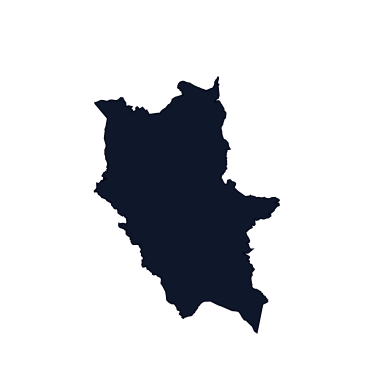 the district of Chiquilistlán, Jalisco, Mexico, rotated 302°
{"feature_id": "50627088B99358381769751", "entity_name": "Chiquilistlán", "entity_type": "district", "adm_level": 2, "iso_a3": "MEX", "parent_name": "Mexico", "parent_adm1": "Jalisco", "projection": "robinson", "projection_center": [-103.888, 20.08], "detail": "fine", "context": "isolated", "style": "filled", "palette": "ink", "viewbox_px": 384, "rotation_deg": 302, "n_neighbors": 0, "source": "geoboundaries", "source_scale": "gbopen_adm2", "svg_char_len": 6095}
<svg xmlns="http://www.w3.org/2000/svg" viewBox="0 0 384 384"><g transform="rotate(302 192 192)"><path d="M216.4,62.5L215.8,62.8L209.8,81.4L202.2,84.5L198.8,85.3L198.2,86.1L191.1,89.4L186.6,94.3L185.0,95.3L183.3,95.8L181.8,95.9L177.8,98.4L177.0,99.7L174.2,101.7L173.5,103.3L171.4,105.6L170.2,106.3L169.6,107.2L168.9,106.4L168.3,106.8L168.0,106.8L167.7,107.7L167.2,108.1L166.4,108.3L166.0,108.1L165.5,108.8L164.1,109.2L163.9,109.0L164.1,108.4L164.0,108.2L162.8,108.0L161.8,107.2L158.1,107.3L157.9,112.3L156.9,112.1L156.5,111.7L156.6,110.0L154.8,110.8L154.0,109.6L153.3,109.1L151.0,109.2L149.5,108.2L149.0,106.7L145.0,109.4L142.5,109.2L141.4,108.7L140.8,109.0L140.6,109.4L141.8,110.5L141.8,111.6L142.1,112.7L142.0,112.9L141.1,113.2L140.6,113.9L140.6,116.0L139.7,118.8L140.3,119.9L140.2,120.4L140.6,122.4L139.8,124.6L140.1,129.5L138.4,131.0L137.8,133.2L137.1,134.6L137.2,135.8L137.8,136.5L138.2,137.5L137.2,139.3L137.0,139.1L135.2,140.5L134.9,145.4L136.1,146.5L135.2,149.2L135.5,150.2L131.7,153.2L129.6,153.3L129.4,152.1L128.8,150.3L126.6,147.6L126.6,146.8L124.7,147.8L124.0,149.0L124.1,150.7L124.6,151.5L124.5,152.7L125.1,153.5L125.3,154.5L124.5,154.7L124.7,156.5L124.4,157.1L123.6,157.2L123.0,157.6L122.8,158.4L121.8,158.4L121.3,159.3L121.0,164.1L119.3,164.7L119.1,165.9L118.4,166.7L117.7,166.7L116.6,168.7L116.5,169.9L118.9,173.4L119.2,174.7L118.9,175.5L119.3,175.6L118.0,176.5L116.9,179.6L113.9,180.1L113.8,181.7L111.5,182.9L110.7,186.1L107.9,186.5L107.8,186.0L107.1,186.2L106.1,187.4L103.8,188.1L102.5,189.9L102.9,190.8L104.6,192.1L104.6,193.2L103.6,194.3L103.6,195.2L103.1,195.1L103.4,196.8L102.7,199.5L102.9,200.3L102.5,201.3L102.0,202.0L101.5,202.2L101.8,203.7L103.1,204.8L103.3,205.2L102.7,207.6L103.1,210.3L103.0,211.0L101.7,212.7L98.2,214.3L97.2,216.8L93.9,222.4L90.8,225.2L87.2,227.9L86.6,230.2L86.5,231.8L86.6,233.8L87.7,235.7L87.8,236.8L86.3,240.2L84.5,242.0L84.5,242.9L85.0,244.3L84.5,245.5L84.0,245.8L82.0,246.1L81.8,246.4L81.8,249.5L81.4,250.0L80.5,249.9L80.4,251.5L82.3,251.9L82.5,252.6L83.2,252.7L83.8,253.7L84.6,253.7L84.7,254.2L85.6,255.1L86.4,256.3L87.3,257.0L90.1,257.3L91.1,257.8L92.8,257.6L96.3,258.0L97.9,257.5L100.4,258.1L101.8,258.1L104.2,259.0L106.1,260.2L108.5,263.9L109.5,265.1L110.4,274.2L111.2,277.4L112.9,288.8L114.6,292.1L115.6,294.8L114.6,297.7L112.9,300.6L111.5,304.1L111.9,305.0L112.0,307.0L111.6,307.7L110.2,314.6L107.6,318.4L107.2,319.5L107.3,320.8L107.2,321.5L134.2,311.3L138.5,313.9L139.4,314.0L139.7,313.4L140.2,313.3L140.0,312.9L140.8,312.1L141.2,310.5L141.6,310.0L141.4,309.5L141.9,309.4L142.0,308.8L141.7,308.4L142.1,306.6L141.9,306.3L142.0,305.8L142.6,306.0L142.9,305.6L143.1,304.8L142.9,304.4L142.9,303.6L143.4,303.2L143.3,302.6L143.6,302.7L143.4,298.3L143.0,298.0L142.8,296.9L142.2,296.1L142.5,295.5L142.4,294.3L143.4,292.6L145.3,291.6L145.5,291.1L149.5,287.7L151.4,286.8L153.5,286.9L154.6,285.6L155.4,285.2L156.9,285.2L158.0,285.7L159.2,285.7L159.5,285.5L159.9,283.5L161.8,281.4L161.8,280.5L161.4,279.8L161.7,278.4L162.4,277.6L163.6,277.2L163.9,276.9L164.0,275.0L164.4,275.0L165.2,274.3L165.5,275.2L166.3,275.4L167.0,275.2L167.4,274.6L167.2,269.6L167.8,267.8L169.5,271.1L170.5,272.0L175.5,273.6L174.3,271.9L175.2,269.9L175.9,268.8L177.2,267.7L177.8,265.7L179.6,266.9L180.9,266.7L182.7,264.2L184.1,261.2L185.0,260.2L185.5,259.3L187.0,258.8L188.8,259.6L190.1,259.5L190.5,259.9L191.9,260.5L193.7,261.7L194.8,260.3L195.9,260.3L196.7,262.3L197.9,262.5L200.8,260.1L202.3,260.1L202.3,261.5L203.8,263.0L205.7,263.6L206.2,264.3L207.3,267.1L207.9,267.7L209.6,268.8L210.6,270.2L213.4,271.4L214.3,270.7L214.8,269.6L214.8,268.9L216.0,270.0L218.8,271.0L219.7,271.3L220.8,270.9L225.1,271.5L226.6,272.9L226.9,272.8L227.0,272.1L227.6,272.3L228.3,271.5L227.2,268.5L230.6,270.3L231.3,270.2L231.3,269.2L231.6,268.5L231.1,267.2L231.4,265.7L229.4,262.8L227.5,261.7L226.4,260.2L225.7,258.4L225.6,256.2L224.4,255.3L223.2,253.3L222.7,251.7L221.1,249.7L221.1,247.8L220.4,245.4L219.9,244.7L220.0,243.4L219.1,243.3L216.2,239.8L216.7,230.3L217.9,225.2L219.5,224.8L219.9,225.0L221.6,224.7L222.3,224.2L222.5,222.4L221.8,220.7L221.8,219.6L222.5,218.5L222.3,217.6L220.7,216.3L218.2,217.4L216.9,217.5L216.1,216.5L215.8,215.6L216.5,213.8L218.4,210.8L218.9,209.3L219.8,208.4L220.4,208.8L221.3,208.0L221.6,208.2L222.3,207.9L222.7,208.2L223.4,207.9L223.6,208.6L224.1,208.7L224.2,208.3L225.0,208.1L226.0,208.8L226.8,208.9L228.4,208.3L229.8,209.0L230.4,208.8L231.2,207.4L231.9,206.8L234.0,206.6L234.6,205.8L236.7,204.7L237.1,203.8L239.2,203.2L239.5,202.0L242.2,200.9L242.8,200.3L245.1,199.8L245.8,199.1L246.6,199.3L248.6,201.4L249.8,198.7L252.6,196.5L253.5,193.3L253.6,192.5L253.2,191.2L253.8,189.9L256.8,186.4L259.0,184.9L260.5,183.3L261.5,182.5L262.7,182.0L265.7,182.0L266.9,181.4L271.4,180.3L271.9,180.4L272.0,180.8L272.9,180.7L276.8,178.8L277.2,178.3L277.7,176.0L279.5,174.6L280.1,173.7L280.4,172.5L281.4,171.1L282.1,169.1L283.2,167.6L283.4,166.4L282.5,165.3L280.9,163.9L282.9,163.2L284.0,163.5L285.4,164.4L286.2,164.1L286.7,163.6L287.3,163.9L288.0,163.7L295.5,157.9L297.4,157.5L297.4,156.9L296.8,156.4L296.9,155.9L302.1,154.2L303.6,153.0L301.1,153.5L299.9,153.1L297.2,153.3L295.7,154.3L294.1,154.7L290.7,154.7L289.8,153.6L286.0,151.0L285.3,150.1L284.1,144.7L283.9,142.5L283.6,141.9L283.0,137.7L282.9,132.0L282.1,130.8L281.9,129.5L281.6,129.3L281.5,127.3L281.0,125.8L278.9,123.9L276.7,123.5L275.1,123.8L273.0,124.7L272.8,125.6L273.3,126.1L273.4,126.8L272.3,127.7L272.1,128.8L272.2,130.1L269.2,132.9L265.0,129.4L263.5,127.9L260.1,126.3L258.2,127.0L255.0,127.0L253.3,125.9L249.2,125.4L245.8,123.7L242.7,123.2L241.4,123.4L240.8,121.8L234.8,114.6L235.2,114.2L235.4,113.2L235.8,112.9L237.2,110.4L235.8,110.3L237.4,105.2L234.1,103.7L235.1,100.9L234.9,100.3L234.4,100.1L234.1,100.7L233.3,100.1L232.9,100.8L231.3,101.2L230.3,100.9L228.6,99.4L229.9,97.8L229.9,96.0L230.3,95.7L232.4,95.9L231.2,92.3L230.0,92.2L229.8,90.7L230.2,89.9L232.5,88.3L232.9,87.0L232.6,86.9L232.8,86.3L233.4,85.9L235.0,83.4L234.3,82.2L234.2,81.7L231.4,81.0L230.4,80.5L228.9,79.1L227.6,75.9L226.3,73.9L223.6,72.0L222.5,68.6L221.3,66.4L216.5,63.1L216.4,62.5Z" fill="#0f172a" stroke="#020617" stroke-width="1.5"/></g></svg>